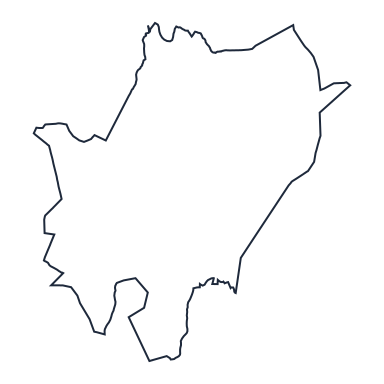 El Bosque, Chiapas, Mexico (Equal Earth projection)
{"feature_id": "50627088B31014849406077", "entity_name": "El Bosque", "entity_type": "district", "adm_level": 2, "iso_a3": "MEX", "parent_name": "Mexico", "parent_adm1": "Chiapas", "projection": "equal_earth", "projection_center": [-92.753, 17.025], "detail": "fine", "context": "isolated", "style": "outline", "palette": "slate", "viewbox_px": 384, "rotation_deg": 0, "n_neighbors": 0, "source": "geoboundaries", "source_scale": "gbopen_adm2", "svg_char_len": 5277}
<svg xmlns="http://www.w3.org/2000/svg" viewBox="0 0 384 384"><path d="M350.2,85.3L346.5,82.3L346.0,82.4L344.1,82.9L341.2,83.0L334.4,83.3L333.9,83.3L333.1,83.7L324.4,88.5L320.4,90.1L318.1,70.0L313.6,57.0L313.3,56.5L312.3,55.1L310.8,53.0L307.9,49.6L305.4,47.1L304.2,45.6L301.2,41.2L293.9,29.9L293.2,25.1L255.6,45.7L252.2,48.9L248.4,49.6L241.0,50.2L229.7,50.4L229.1,50.4L227.5,50.3L226.9,50.3L226.4,50.2L225.9,50.2L225.3,50.3L224.8,50.4L224.3,50.4L223.7,50.6L223.0,50.8L222.1,50.9L221.5,51.4L221.1,51.4L220.9,51.5L220.8,51.4L220.4,51.4L220.2,51.3L219.9,51.4L219.5,51.6L219.0,51.6L218.7,51.7L218.2,51.7L217.9,51.6L217.5,51.7L217.0,51.9L216.7,52.0L216.1,52.5L215.8,52.8L215.4,52.9L215.2,52.5L214.8,52.5L214.5,52.5L214.2,52.6L213.7,52.6L213.1,52.5L212.7,52.3L212.5,52.1L212.1,51.9L211.5,51.2L211.3,51.1L211.0,50.6L210.7,49.8L210.4,49.4L210.3,48.9L210.0,47.9L209.5,47.2L209.2,46.5L208.8,46.0L208.4,45.6L208.0,45.3L207.6,44.8L206.9,44.1L206.3,43.1L205.7,42.3L205.6,41.6L205.5,41.1L205.4,40.4L205.1,39.9L205.0,39.7L204.7,39.3L204.5,39.0L204.2,38.7L203.3,38.4L203.1,38.2L202.8,38.0L202.5,37.5L202.3,36.6L201.9,35.7L201.7,35.1L201.2,34.5L201.1,34.0L200.8,33.5L200.6,33.3L200.3,33.3L199.9,33.1L199.6,33.0L199.2,32.9L198.2,32.8L197.2,32.3L196.4,32.0L195.9,31.9L195.4,31.8L195.1,31.7L194.9,32.0L194.5,32.4L194.3,32.8L194.1,33.0L193.9,33.3L193.8,33.5L193.7,33.8L193.5,34.1L193.4,34.3L193.2,34.5L193.0,34.8L192.9,35.0L192.6,35.4L192.1,36.1L192.0,36.3L191.7,36.6L191.1,35.7L190.5,34.7L189.5,33.1L189.1,32.7L188.1,31.2L187.9,30.7L187.5,30.7L186.7,30.7L185.8,30.6L185.0,30.4L184.5,30.1L184.0,29.7L182.4,29.0L180.7,27.7L179.9,27.3L179.5,27.3L179.0,27.5L178.5,27.5L177.8,27.2L176.8,26.7L176.3,26.5L174.8,28.9L174.3,31.7L173.5,33.7L173.1,37.0L172.2,40.0L170.2,41.3L167.0,41.0L164.2,39.6L162.1,37.6L160.4,34.7L159.4,31.8L159.0,29.2L158.8,27.0L157.8,24.6L155.0,23.0L150.3,29.2L149.8,32.3L149.6,30.4L147.9,25.4L148.8,29.4L149.0,31.1L148.9,32.6L148.5,32.9L146.0,33.4L145.6,34.1L146.1,35.1L145.9,35.8L145.1,36.3L144.7,36.5L144.0,37.1L142.7,40.1L143.0,41.0L143.2,41.7L143.4,42.0L143.6,42.6L143.9,43.4L144.1,43.8L144.2,44.7L144.2,46.7L144.0,48.3L144.1,50.3L144.2,52.4L144.5,55.0L145.2,56.9L145.4,59.3L143.6,60.4L143.1,62.3L142.9,63.2L142.2,64.4L142.3,64.9L142.1,65.4L141.8,65.9L141.4,66.4L140.8,66.9L140.4,67.7L140.3,68.3L139.8,68.7L139.5,69.0L139.0,69.3L138.1,70.0L137.4,71.0L136.9,72.0L136.6,72.7L136.1,74.7L136.3,76.6L136.6,79.4L136.4,80.6L136.0,81.9L135.8,83.0L135.6,84.1L135.0,85.1L134.7,85.6L133.8,87.0L132.9,88.9L132.3,89.2L131.8,89.9L130.2,93.5L128.8,95.8L105.8,140.5L94.5,135.1L93.1,136.7L92.8,136.9L91.1,139.0L87.6,140.5L84.0,141.9L79.3,140.4L76.5,138.4L73.2,136.2L69.2,130.8L67.8,127.5L66.5,124.5L65.9,124.4L65.0,124.2L64.2,124.1L62.3,123.7L60.4,123.4L58.7,123.3L57.7,123.4L55.8,123.8L54.2,123.9L46.2,124.4L45.3,124.5L43.8,126.3L43.1,127.6L42.9,127.8L42.3,128.0L39.1,128.0L37.3,127.8L36.4,127.7L33.8,133.3L35.4,134.8L36.8,135.9L42.2,140.2L43.6,141.4L44.9,142.4L46.3,143.5L47.6,144.7L49.0,145.7L49.5,147.6L50.1,149.7L50.5,151.6L51.0,153.6L52.1,157.6L52.6,159.7L53.0,161.6L53.4,163.6L54.4,167.6L56.7,176.8L57.1,179.3L57.2,179.8L57.3,180.3L57.7,181.8L57.8,182.3L58.6,186.7L60.4,193.6L61.6,199.0L58.0,202.7L53.3,207.5L52.8,208.1L51.5,209.3L50.2,210.6L48.9,211.9L45.2,215.5L44.8,216.7L44.2,219.6L44.6,233.1L54.3,234.5L50.3,244.2L50.3,244.4L48.0,249.8L45.5,255.8L44.9,257.2L43.9,260.5L45.0,261.2L46.4,261.8L48.0,262.8L49.5,265.3L50.8,266.3L53.9,267.9L57.1,269.7L59.3,271.3L60.3,271.8L61.2,272.5L62.0,272.6L62.5,272.7L63.2,273.1L56.9,279.5L51.2,285.3L54.0,285.3L62.8,285.4L71.1,287.2L77.4,295.6L80.0,303.2L89.6,319.2L94.2,331.7L96.7,332.2L104.7,334.4L104.6,332.3L104.6,330.7L104.9,329.1L105.5,327.9L106.5,325.8L107.6,324.1L108.9,322.4L110.3,319.7L111.3,316.6L111.9,314.2L112.7,312.2L113.5,310.7L113.9,308.9L114.6,306.6L115.3,304.3L115.5,301.8L115.0,299.8L114.6,297.3L114.3,295.7L114.7,292.5L115.5,290.7L115.1,288.6L115.0,287.5L115.3,285.7L115.9,284.6L116.2,283.8L116.9,282.9L123.7,280.4L134.3,278.4L135.5,278.2L147.8,292.5L144.1,307.8L128.7,317.2L131.1,322.3L149.4,361.0L166.7,356.1L170.0,358.2L170.7,359.5L172.6,359.3L174.2,359.0L175.6,357.9L177.3,357.1L178.8,356.2L180.0,354.7L180.2,353.3L180.1,352.1L180.1,349.6L180.3,347.9L181.0,345.2L181.0,342.8L180.8,341.1L182.0,338.6L183.8,336.1L185.3,334.6L186.7,333.1L187.4,331.3L187.4,328.9L186.8,326.2L186.7,323.3L186.8,321.0L187.2,318.2L186.8,315.4L187.2,312.0L187.0,309.3L187.7,307.3L187.6,304.8L188.2,302.2L189.4,300.4L190.2,298.9L191.4,296.0L192.1,294.2L192.8,292.1L193.3,290.1L193.4,288.3L197.1,287.4L199.8,287.3L199.9,284.0L200.7,284.6L202.7,285.6L204.6,284.7L205.6,283.0L206.8,281.3L208.1,280.0L209.4,279.4L211.3,278.4L213.2,278.1L213.8,278.2L213.8,278.4L212.3,284.0L217.6,284.1L217.8,279.9L218.8,280.8L220.5,281.9L221.8,282.1L222.9,282.0L223.4,281.6L224.4,282.9L224.6,283.3L225.9,282.8L226.9,282.4L228.1,282.1L230.6,288.0L231.1,287.4L233.2,287.5L234.0,289.3L234.3,291.7L234.9,292.6L235.7,293.0L240.8,257.9L246.4,249.4L252.9,239.5L288.7,185.3L289.8,184.1L290.7,183.1L290.9,182.7L291.5,181.9L292.3,181.2L296.6,178.5L299.5,176.6L301.2,175.5L306.7,171.8L306.8,171.7L307.9,171.2L310.4,167.5L314.1,161.9L315.6,152.9L316.5,150.0L317.9,144.6L318.9,141.0L319.6,138.4L320.5,135.8L319.7,112.6L350.2,85.3Z" fill="none" stroke="#1e293b" stroke-width="2"/></svg>